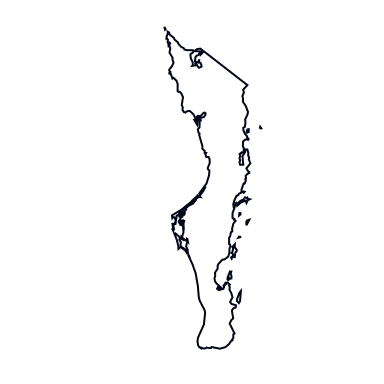 map outline of Baja California Sur (Albers equal-area conic projection), rotated 37°
{"feature_id": "MEX-2707", "entity_name": "Baja California Sur", "entity_type": "State", "adm_level": 1, "iso_a3": "MEX", "parent_name": "Mexico", "parent_adm1": "", "projection": "albers", "projection_center": [-111.883, 25.437], "detail": "fine", "context": "isolated", "style": "outline", "palette": "ink", "viewbox_px": 384, "rotation_deg": 37, "n_neighbors": 0, "source": "natural_earth", "source_scale": "10m", "svg_char_len": 6068}
<svg xmlns="http://www.w3.org/2000/svg" viewBox="0 0 384 384"><g transform="rotate(37 192 192)"><path d="M116.8,72.5L171.9,73.3L171.3,79.5L173.5,81.3L174.6,85.2L176.6,86.7L178.4,89.3L183.1,90.9L188.5,94.3L189.7,96.8L190.8,102.1L193.1,104.6L195.0,108.2L194.3,110.0L196.3,112.1L199.4,113.7L202.6,114.4L203.4,115.4L205.2,115.5L205.4,116.6L204.3,116.7L203.0,118.2L202.4,120.9L205.1,124.9L206.6,125.5L208.5,127.9L208.8,129.9L208.2,131.2L207.7,130.9L207.2,133.1L208.8,134.2L209.6,136.4L211.5,137.9L212.1,139.8L214.1,141.3L216.5,139.3L210.8,133.1L210.4,128.2L209.2,125.7L210.6,124.7L213.7,127.1L214.7,128.9L216.9,130.1L217.7,131.7L221.4,134.0L221.2,140.4L224.6,141.8L225.6,141.4L226.3,142.3L225.2,144.7L225.2,146.9L227.1,148.8L226.8,149.6L228.4,151.0L228.9,153.5L228.4,153.5L228.2,154.7L230.2,160.5L231.4,161.8L231.5,163.4L230.5,165.1L230.8,167.0L229.8,168.1L231.1,174.0L232.7,175.1L231.7,174.8L232.1,176.7L234.7,179.3L235.5,179.2L237.0,184.3L239.8,188.2L242.1,188.1L242.0,188.8L244.2,188.9L244.0,192.1L246.0,197.0L247.9,199.3L247.3,200.7L249.1,204.4L249.2,206.2L253.0,211.3L254.0,211.1L255.4,212.3L255.9,214.5L258.6,218.3L259.8,221.8L258.5,226.3L257.0,227.7L256.4,233.6L256.8,235.4L258.6,237.7L258.9,242.6L260.8,244.7L262.0,247.5L264.0,249.4L266.2,250.2L274.1,251.1L272.3,252.3L269.6,251.2L270.3,254.2L272.6,254.1L274.9,251.0L275.1,249.1L274.1,247.8L274.2,246.9L273.6,247.3L273.5,244.5L274.2,244.3L273.7,243.9L275.2,242.8L278.0,243.2L277.8,244.3L279.7,245.6L280.6,247.4L284.2,249.1L287.7,251.7L288.6,256.9L291.0,257.6L295.3,256.0L296.4,257.9L295.2,259.6L295.0,261.8L295.6,263.1L301.0,268.2L300.5,270.6L301.2,274.4L311.1,279.4L310.7,280.8L312.9,283.9L312.9,286.1L313.5,286.3L312.9,287.8L313.1,291.4L312.0,295.8L308.7,300.3L301.0,304.0L301.0,305.1L300.2,306.0L297.2,307.5L297.1,308.5L295.2,310.2L293.0,310.7L293.3,311.4L290.8,311.5L288.8,310.5L286.2,307.9L284.5,304.9L281.3,290.8L275.2,280.6L273.2,278.8L263.6,274.2L260.6,271.8L253.4,263.7L243.8,254.7L235.8,249.4L226.6,244.5L230.2,246.1L225.9,243.6L223.2,240.8L220.1,239.0L217.7,233.9L218.5,234.1L216.6,232.3L215.9,232.3L216.3,233.7L215.8,234.7L211.3,234.2L213.1,235.6L210.9,236.1L210.8,233.1L209.4,229.2L205.5,225.0L206.7,225.3L204.4,222.6L202.7,218.9L203.5,222.5L204.4,223.4L203.5,224.0L204.4,225.0L203.2,224.3L202.5,225.2L201.9,224.4L201.2,222.1L201.8,221.4L201.5,220.5L200.7,221.5L201.2,224.5L199.7,224.1L199.0,222.9L198.9,220.2L197.8,218.9L199.2,217.6L198.6,215.8L199.5,214.9L198.9,213.0L198.4,212.9L197.2,215.5L197.8,217.2L196.9,218.9L196.2,218.0L196.5,216.2L196.0,215.2L197.0,214.4L197.8,211.2L197.9,209.6L197.0,209.0L197.5,205.0L199.7,201.0L199.9,195.7L199.4,194.8L200.1,192.5L199.5,192.3L201.7,191.0L199.5,190.6L200.4,190.0L200.4,183.9L199.6,179.4L198.7,189.5L198.5,176.5L195.6,168.5L193.1,164.5L190.8,164.1L190.1,163.2L188.7,158.1L186.3,155.2L184.2,154.1L182.3,155.4L179.8,153.7L179.7,152.3L178.4,153.0L177.3,151.5L174.3,151.3L172.7,149.1L163.4,142.1L163.0,140.9L161.3,140.6L158.9,138.3L159.1,135.9L155.6,130.9L155.7,129.8L156.6,129.2L154.7,129.4L154.4,130.5L153.4,130.8L153.5,131.5L152.5,131.5L151.6,129.5L154.0,128.2L156.4,124.9L156.3,122.5L155.5,121.0L154.1,121.1L153.6,122.1L153.1,126.4L150.8,127.7L150.3,131.1L146.4,129.1L142.0,128.6L140.6,129.1L139.0,131.4L138.9,132.5L137.6,133.1L135.0,132.2L133.8,130.1L131.4,128.6L127.7,121.6L123.8,119.6L121.8,119.3L121.2,120.1L119.9,120.2L115.4,114.2L112.7,112.5L108.9,112.0L108.2,112.1L108.0,113.1L103.9,110.4L102.8,111.1L102.2,110.6L102.5,109.1L100.6,108.7L100.1,107.7L100.3,103.7L99.5,99.9L96.4,97.7L95.8,96.5L90.2,94.3L88.3,90.5L86.3,89.1L85.7,89.8L84.5,88.5L85.6,88.7L85.1,86.4L84.1,86.1L83.5,87.5L82.2,86.9L81.4,85.0L79.9,84.5L79.3,85.0L78.1,83.0L77.3,80.0L76.1,78.6L77.9,78.4L78.9,79.7L84.9,79.8L86.1,80.7L90.9,81.0L91.5,81.7L95.8,82.6L98.8,82.1L100.1,82.8L102.9,81.6L107.4,78.2L108.2,78.3L108.8,80.2L107.8,82.6L108.1,83.3L110.7,86.1L114.4,87.9L116.3,90.2L116.3,91.1L118.6,88.7L118.8,88.0L117.4,87.4L117.5,87.0L122.5,88.7L124.0,86.8L124.0,85.7L121.4,83.9L119.6,84.2L118.0,81.7L118.9,85.0L115.8,86.0L113.6,82.3L113.6,80.5L115.4,77.7L114.6,77.2L115.2,76.6L114.3,75.7L114.5,75.1L113.9,74.8L109.7,77.7L109.4,77.0L110.0,75.0L112.3,72.5L114.8,72.5L116.4,75.9L116.8,72.5ZM197.2,230.1L200.0,232.4L200.5,234.4L198.7,233.6L198.2,231.7L195.5,229.2L197.1,227.9L196.4,225.0L195.0,223.6L193.0,222.8L192.0,223.4L192.0,224.7L190.1,222.7L194.3,212.2L197.0,201.1L197.8,200.6L198.0,202.7L195.5,210.9L196.2,214.2L195.1,214.8L194.7,217.0L195.5,219.0L194.4,219.2L194.0,220.1L198.1,227.5L197.1,228.9L197.2,230.1ZM213.4,238.8L214.7,241.2L216.0,242.2L215.4,245.6L213.2,243.0L208.4,239.2L202.7,235.7L203.5,235.0L208.7,235.4L209.9,235.7L210.7,237.8L213.4,238.8ZM257.3,211.5L257.7,208.0L259.2,210.3L262.4,211.2L263.1,212.0L263.3,214.8L265.3,218.3L263.0,219.1L263.2,218.0L261.3,216.7L260.3,216.8L260.6,216.2L258.9,212.3L257.3,211.5ZM241.5,165.0L242.1,167.9L240.2,166.5L237.4,170.9L236.4,175.5L235.2,173.7L236.1,169.7L237.8,166.9L237.5,164.3L239.3,163.9L239.5,163.2L240.6,163.8L242.5,163.0L241.5,165.0ZM290.6,241.6L296.1,250.4L296.3,252.5L293.3,251.9L292.2,249.7L290.5,243.9L290.6,241.6ZM274.0,235.2L275.5,237.3L274.5,238.4L273.9,240.6L273.0,240.5L273.0,239.2L272.1,239.2L271.8,238.4L272.5,237.9L271.4,237.2L270.9,235.5L271.8,234.5L270.5,233.9L270.1,232.7L271.3,231.9L272.3,234.4L274.0,235.2ZM254.9,185.2L253.2,182.8L253.2,181.4L254.5,179.6L255.4,185.0L254.9,185.2ZM151.3,132.4L154.2,132.6L155.7,135.2L150.5,133.1L151.3,132.4ZM199.5,111.3L198.6,108.8L199.4,107.7L201.2,109.8L200.4,111.5L199.5,111.3ZM221.6,242.0L223.8,242.6L225.8,244.2L221.6,242.7L216.8,242.9L217.5,242.1L221.6,242.0ZM197.2,199.2L198.9,190.4L198.6,197.1L197.9,199.9L197.2,199.2ZM242.5,180.3L243.4,179.7L244.2,180.6L243.8,182.5L242.5,180.3ZM256.4,199.4L258.2,198.4L256.5,200.7L256.4,199.4ZM207.6,99.9L207.2,98.9L209.1,99.5L208.9,99.8L207.6,99.9ZM70.5,76.8L72.9,77.8L72.8,78.6L70.5,76.8ZM232.9,160.5L233.8,160.1L233.8,161.5L232.9,161.6L232.9,160.5ZM262.7,220.6L263.5,220.0L263.8,221.4L263.0,221.1L262.7,220.6ZM234.1,175.1L234.6,175.7L234.7,177.3L234.1,176.6L234.1,175.1Z" fill="none" stroke="#020617" stroke-width="2"/></g></svg>